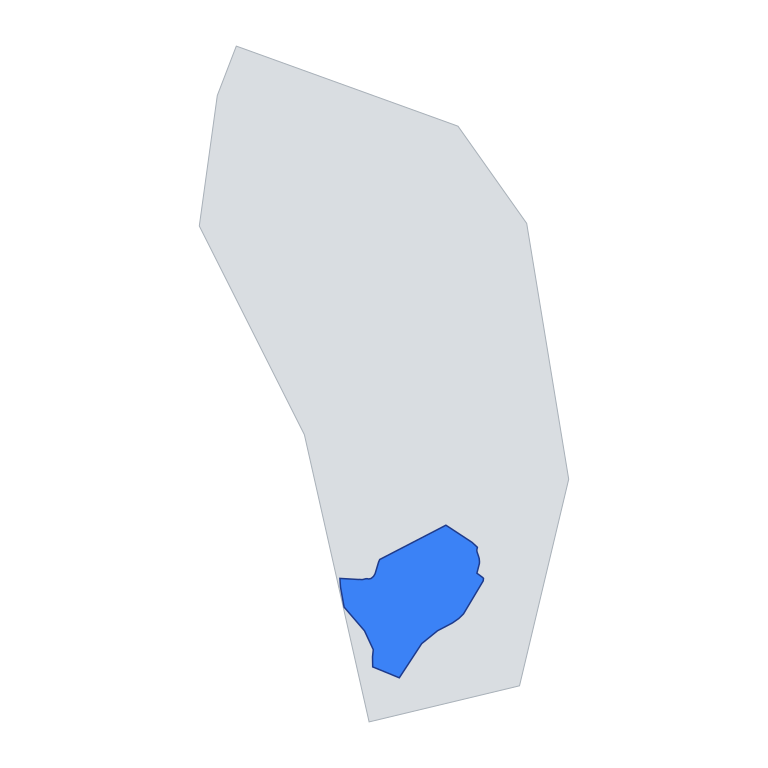 location of Saint George within Dominica
{"feature_id": "DMA-1434", "entity_name": "Saint George", "entity_type": "Parish", "adm_level": 1, "iso_a3": "DMA", "parent_name": "Dominica", "parent_adm1": "", "projection": "mercator", "projection_center": [-61.35, 15.3], "detail": "fine", "context": "in_parent", "style": "filled", "palette": "blue", "viewbox_px": 768, "rotation_deg": 0, "n_neighbors": 0, "source": "natural_earth", "source_scale": "10m", "svg_char_len": 852}
<svg xmlns="http://www.w3.org/2000/svg" viewBox="0 0 768 768"><path d="M519.5,685.8L369.1,721.9L304.4,434.7L199.3,226.0L217.3,95.5L236.3,46.1L458.0,126.2L526.7,223.4L568.7,479.2L519.5,685.8Z" fill="#d9dde1" stroke="#a8b0b8" stroke-width="1"/><path d="M372.7,666.9L372.5,656.8L373.3,649.7L364.5,630.8L344.1,607.1L340.5,587.1L339.9,578.4L358.6,579.5L359.1,579.4L361.9,579.6L362.9,579.5L365.9,578.7L366.8,578.7L367.5,578.7L368.2,578.9L368.8,579.0L370.0,578.7L371.2,578.4L373.6,576.3L375.1,573.7L378.6,562.0L378.9,561.3L379.2,560.7L379.7,559.5L445.9,525.2L472.1,542.4L477.4,547.3L476.8,550.0L476.9,551.2L477.2,552.4L478.4,555.8L479.2,558.5L479.5,561.7L479.4,563.5L476.9,573.2L482.7,577.5L483.5,578.4L483.2,580.9L463.5,613.9L458.9,618.4L452.5,622.9L437.6,630.7L421.7,643.6L399.3,677.8L372.7,666.9Z" fill="#3b82f6" stroke="#1e3a8a" stroke-width="1.5"/></svg>